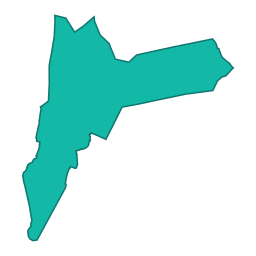 the district of Tlalixtac de Cabrera, Oaxaca, Mexico
{"feature_id": "50627088B32865736340777", "entity_name": "Tlalixtac de Cabrera", "entity_type": "district", "adm_level": 2, "iso_a3": "MEX", "parent_name": "Mexico", "parent_adm1": "Oaxaca", "projection": "natural_earth1", "projection_center": [-96.634, 17.078], "detail": "fine", "context": "isolated", "style": "filled", "palette": "teal", "viewbox_px": 256, "rotation_deg": 0, "n_neighbors": 0, "source": "geoboundaries", "source_scale": "gbopen_adm2", "svg_char_len": 2630}
<svg xmlns="http://www.w3.org/2000/svg" viewBox="0 0 256 256"><path d="M76.2,168.1L77.5,164.7L76.8,153.7L76.4,153.8L76.0,150.9L76.4,150.8L76.5,150.8L77.0,150.7L79.1,150.0L79.3,149.8L79.6,149.8L79.8,149.9L80.7,149.2L81.0,148.7L81.5,149.4L82.2,149.3L83.0,149.0L83.4,149.1L84.7,148.5L85.8,147.8L86.1,147.7L86.3,147.5L86.8,147.1L88.0,146.1L88.8,144.2L88.9,143.4L88.9,142.3L89.0,141.8L89.7,141.4L89.8,141.1L89.7,140.8L89.9,140.8L89.8,140.6L89.9,140.3L90.1,140.0L90.4,139.7L90.5,139.5L90.4,139.2L90.2,138.8L90.0,138.3L90.1,137.3L90.0,137.1L90.1,136.8L90.2,136.7L90.3,136.4L90.1,136.2L89.5,135.9L89.4,135.7L89.3,135.3L89.2,134.8L89.3,134.5L89.5,134.4L90.0,134.5L90.4,134.4L90.6,134.1L90.6,133.6L91.0,133.2L91.0,132.9L93.8,134.0L97.1,135.4L100.4,136.9L106.0,139.4L106.4,138.4L106.5,138.1L113.1,125.1L122.1,107.1L140.3,103.7L152.8,101.0L185.2,94.2L212.9,90.5L217.4,81.0L221.9,77.0L225.8,75.9L233.3,67.8L232.2,67.0L229.9,64.0L229.1,62.9L227.6,62.0L222.2,57.3L221.4,55.5L220.6,54.2L220.3,52.4L219.6,51.3L218.8,48.5L217.5,48.4L216.9,47.1L217.0,46.3L216.0,43.7L214.8,41.6L212.6,38.9L204.5,40.6L173.1,47.0L153.8,51.2L136.6,55.0L128.8,62.2L115.5,59.2L115.2,58.9L113.5,54.3L110.7,47.8L109.1,43.5L100.1,35.0L94.5,21.2L94.1,16.8L83.5,26.0L74.7,32.2L65.8,18.1L65.5,18.0L54.8,15.4L55.0,22.0L54.2,36.8L51.4,53.9L50.6,57.5L49.7,62.6L49.2,65.7L49.2,69.2L49.2,77.7L49.3,83.4L49.0,89.2L48.5,99.7L48.4,101.1L42.6,105.5L42.3,105.5L42.1,106.0L41.8,106.3L41.6,106.3L40.4,106.8L41.1,108.6L40.8,110.7L40.3,113.3L40.2,113.9L39.7,117.9L39.6,118.6L39.1,121.3L39.5,121.6L39.1,123.8L38.9,124.7L38.3,126.6L38.2,127.0L38.1,127.7L37.8,129.1L37.3,131.7L36.5,134.8L36.3,135.9L36.0,137.9L36.5,137.9L36.7,138.0L36.7,138.8L36.6,141.2L40.0,142.1L39.3,145.0L39.8,145.2L38.7,149.5L36.8,154.3L36.7,154.5L36.1,155.9L36.7,156.0L36.6,156.4L36.6,156.5L36.6,156.9L36.5,158.0L35.3,158.5L34.2,159.1L34.0,159.3L33.9,159.3L33.3,160.0L33.1,160.3L33.0,160.6L32.8,161.2L32.4,162.1L32.2,162.4L31.4,162.6L31.1,162.7L30.7,163.0L30.3,163.1L29.5,163.5L28.8,164.0L28.3,164.5L27.5,166.4L27.4,166.1L27.0,167.1L26.9,167.5L26.4,169.2L25.8,170.6L24.6,171.7L23.8,172.3L23.6,172.5L23.2,174.0L22.9,175.1L22.7,175.8L22.8,175.9L22.9,176.5L23.1,177.8L24.0,182.9L24.1,183.0L24.8,185.6L29.3,205.3L31.9,220.9L30.7,223.9L31.0,226.2L28.1,230.1L27.8,231.8L28.3,235.7L29.6,238.6L32.7,240.6L37.0,240.1L63.9,190.6L65.5,187.6L65.6,187.0L66.2,184.3L65.2,183.9L66.6,176.7L66.9,175.3L66.9,175.1L68.1,171.7L69.3,168.2L69.8,168.5L70.4,167.2L70.6,166.6L72.1,167.1L72.6,167.3L74.3,168.1L74.7,168.2L75.2,168.3L75.4,168.3L75.5,168.2L75.9,168.0L76.0,168.1L76.2,168.1Z" fill="#14b8a6" stroke="#0f766e" stroke-width="1.5"/></svg>